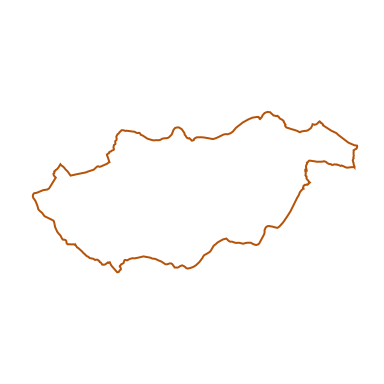 outline of Bucosnita, Caras-Severin, Romania, rotated 189°
{"feature_id": "2599482B80081706534230", "entity_name": "Bucosnita", "entity_type": "district", "adm_level": 2, "iso_a3": "ROU", "parent_name": "Romania", "parent_adm1": "Caras-Severin", "projection": "albers", "projection_center": [22.186, 45.297], "detail": "fine", "context": "isolated", "style": "outline", "palette": "amber", "viewbox_px": 384, "rotation_deg": 189, "n_neighbors": 0, "source": "geoboundaries", "source_scale": "gbopen_adm2", "svg_char_len": 5933}
<svg xmlns="http://www.w3.org/2000/svg" viewBox="0 0 384 384"><g transform="rotate(189 192 192)"><path d="M326.3,198.8L327.7,195.3L328.4,194.2L329.3,192.9L330.1,192.4L330.7,191.2L331.3,190.7L330.9,189.4L331.7,188.4L331.1,186.8L330.0,185.8L328.8,184.9L333.7,173.2L335.3,171.8L339.2,170.6L345.1,167.0L347.7,166.1L348.5,164.9L348.6,163.0L347.9,161.4L345.5,159.0L344.3,157.2L342.5,154.1L341.0,150.8L339.1,149.3L337.0,148.1L333.8,145.0L324.7,142.2L323.7,141.3L321.7,135.9L318.9,131.7L317.0,129.9L315.0,128.3L313.1,125.6L311.9,124.7L311.2,124.9L310.4,124.9L309.6,124.8L308.7,124.2L308.3,123.4L308.1,122.6L307.9,121.9L306.7,120.9L305.1,121.2L302.8,121.4L300.8,121.8L300.1,121.7L299.1,121.3L299.0,121.7L296.9,119.4L295.3,118.7L291.2,116.0L289.4,114.5L288.7,114.2L287.3,113.1L285.6,112.1L284.2,111.8L282.9,110.8L281.6,110.7L279.1,110.6L277.1,109.7L276.1,110.2L274.6,110.3L273.8,109.7L273.4,109.7L272.7,109.3L272.7,108.9L272.1,108.3L271.1,108.1L269.2,106.2L267.7,106.4L266.6,106.7L264.0,109.3L263.5,108.9L262.2,109.7L260.7,107.4L259.8,106.4L253.3,101.0L252.2,101.4L251.6,101.9L251.2,103.2L250.2,104.3L250.3,105.4L250.9,106.3L251.7,107.1L251.7,107.7L251.2,108.1L250.8,109.3L248.5,111.1L248.3,112.7L247.9,114.2L246.8,114.5L245.4,114.3L242.9,116.2L240.4,117.3L238.4,117.4L238.0,117.6L233.9,119.1L229.9,120.8L222.7,120.6L220.8,120.0L219.1,120.2L217.4,120.1L214.5,119.2L211.6,118.6L207.0,116.5L205.5,116.6L202.8,118.0L201.6,118.2L200.2,117.7L197.3,114.7L194.3,115.1L193.2,115.9L192.2,116.9L190.3,118.0L189.1,117.7L187.9,117.3L186.8,116.7L185.8,115.9L184.2,115.7L181.6,116.8L179.1,118.1L176.6,120.3L173.8,123.9L171.4,128.4L170.9,130.0L170.1,131.5L167.5,133.5L165.1,135.6L164.2,137.1L162.2,142.3L160.4,144.2L158.8,146.2L154.0,150.0L150.8,151.4L148.2,149.5L146.6,148.9L144.5,149.2L141.5,148.6L139.8,148.7L138.6,149.1L137.3,149.2L133.3,148.9L131.4,149.9L129.3,150.6L125.9,151.1L124.0,150.3L121.9,149.8L120.3,149.7L118.5,150.6L117.5,151.8L114.4,160.8L114.1,162.0L114.0,163.2L114.1,164.4L114.4,165.6L113.6,168.6L112.0,170.1L110.8,170.4L107.2,170.4L103.7,170.0L101.9,170.0L100.2,171.7L97.3,176.1L94.4,182.2L91.7,188.4L87.3,202.5L86.0,205.8L85.4,208.6L84.3,210.7L83.1,212.1L83.0,212.4L83.0,212.6L82.4,212.8L83.1,213.8L82.7,214.7L82.7,215.7L81.5,216.8L80.9,216.8L80.4,216.9L80.0,217.3L79.6,217.5L79.0,217.3L78.1,218.4L78.0,218.6L78.2,218.9L78.1,219.1L77.8,219.4L77.1,219.8L77.3,220.0L78.1,220.4L78.5,220.8L78.9,221.5L79.9,222.1L80.7,222.9L81.1,223.4L81.2,225.1L81.4,225.4L81.7,225.4L81.9,225.4L82.1,225.8L82.5,226.1L82.6,226.3L82.5,227.9L82.5,228.2L82.8,228.7L82.7,229.3L82.8,229.6L83.5,230.5L83.4,231.3L83.6,231.9L83.5,232.0L83.4,232.0L82.9,231.3L82.6,231.0L82.3,230.9L82.0,231.0L82.5,232.3L82.7,232.9L83.1,233.7L83.4,235.0L83.4,235.7L83.3,236.0L83.3,236.5L83.0,237.1L82.8,238.0L83.0,238.7L83.1,239.0L82.3,239.5L81.6,240.9L81.3,241.2L81.1,241.3L79.9,241.5L77.7,241.4L76.0,241.5L73.1,241.4L72.0,241.7L70.4,241.9L68.3,242.3L67.3,242.6L66.7,243.0L66.4,243.0L65.8,243.0L64.3,242.6L64.0,242.5L62.8,241.7L61.3,241.2L61.0,241.1L59.2,241.2L58.1,240.7L57.3,240.8L56.3,241.2L55.7,241.6L53.9,241.6L53.3,241.9L52.8,241.6L51.1,241.5L49.3,241.0L48.3,241.6L47.8,241.4L46.7,241.2L46.0,241.0L44.1,240.4L43.0,240.3L41.3,240.6L40.2,241.0L37.8,241.6L36.1,241.9L35.6,242.1L35.4,241.9L35.5,242.6L36.0,243.3L36.8,244.9L36.9,245.7L37.0,246.2L37.6,246.9L37.9,248.0L38.2,248.4L38.2,248.8L38.0,249.7L37.6,250.7L37.8,251.0L38.0,251.3L38.1,251.5L37.9,252.1L38.0,252.8L37.9,253.2L38.0,253.6L38.2,254.2L38.4,254.9L38.6,256.4L38.6,257.0L38.9,258.5L38.3,259.0L37.5,259.7L37.1,259.9L36.4,260.5L36.1,261.2L36.1,261.5L36.0,261.8L36.0,263.0L36.2,263.6L39.1,263.6L45.2,265.2L55.8,270.9L58.7,272.8L63.9,274.3L73.1,278.4L73.1,279.1L74.7,280.3L75.1,280.3L75.8,280.5L75.9,281.0L77.0,281.7L77.7,281.1L78.7,279.5L79.3,278.8L79.8,278.3L81.4,277.6L83.5,277.8L83.5,277.2L83.6,276.7L84.0,275.4L84.4,274.1L84.8,273.5L85.8,272.4L87.3,271.0L88.7,270.3L90.1,270.0L92.9,269.1L93.6,268.8L94.3,268.1L94.7,268.0L95.4,268.0L97.0,268.6L97.7,268.8L101.2,269.4L103.2,269.6L106.8,270.2L107.0,270.2L108.9,270.5L109.2,270.7L109.5,271.1L110.0,271.5L110.4,272.0L110.4,272.6L110.2,272.7L109.5,272.6L110.6,273.3L111.1,274.2L112.2,275.4L112.3,275.9L112.7,276.5L113.2,276.7L113.5,277.1L114.3,277.5L116.4,278.2L116.9,278.4L118.0,279.7L118.7,279.9L119.4,280.6L119.8,280.6L120.9,280.1L122.5,280.4L123.2,280.4L123.5,280.3L124.3,281.0L126.0,282.0L126.8,282.7L127.2,283.0L127.5,283.0L128.4,282.9L129.5,283.0L131.2,282.3L132.7,281.3L134.2,279.0L134.9,276.7L136.2,274.7L137.0,275.1L137.2,276.0L138.3,276.5L139.9,276.2L144.1,274.8L148.0,272.3L152.6,268.7L158.6,262.3L161.2,257.9L163.4,255.9L166.0,254.5L167.4,254.5L168.2,254.3L169.8,253.7L175.7,249.6L177.7,248.4L179.8,247.5L184.6,247.7L189.3,247.7L191.7,247.5L196.0,246.7L198.1,245.0L198.3,243.7L199.6,242.8L200.4,242.7L200.8,243.2L203.1,244.8L204.0,244.3L205.0,244.5L206.3,245.5L207.1,246.6L208.0,247.3L208.5,248.2L208.6,248.9L211.9,252.4L214.9,253.7L215.8,253.6L217.2,253.3L218.7,252.6L219.9,250.7L221.0,245.6L223.6,242.1L225.3,241.2L227.4,240.8L229.5,240.1L231.8,238.3L233.1,237.9L235.8,237.5L237.8,237.0L239.3,237.0L244.4,237.7L249.4,240.0L250.5,240.3L251.6,240.5L252.4,241.7L253.4,242.2L255.2,241.7L256.6,241.9L257.9,242.5L266.3,242.3L267.2,241.9L269.1,242.2L271.1,242.1L273.2,239.3L273.4,238.7L273.7,238.2L274.6,237.4L274.7,236.9L275.4,235.0L275.3,234.4L274.7,232.7L274.7,231.6L275.8,230.1L275.2,227.8L275.2,227.4L276.5,226.1L276.5,225.5L276.4,225.6L276.5,224.7L276.5,223.4L276.1,222.9L275.8,222.1L276.0,221.3L277.5,220.4L278.0,220.0L278.4,219.4L279.0,219.1L280.0,218.4L280.1,218.0L280.0,217.6L280.3,217.1L280.7,216.9L281.5,216.2L281.9,215.6L281.9,215.3L280.6,213.2L278.2,208.5L279.3,207.8L279.7,207.2L280.5,206.5L285.9,203.0L287.2,202.4L288.7,202.7L289.5,202.4L290.1,201.8L292.5,198.7L298.0,195.9L300.0,194.7L307.6,191.9L314.5,189.2L318.1,192.9L319.9,194.1L320.8,194.8L322.0,196.0L323.9,197.3L325.1,197.7L326.3,198.8Z" fill="none" stroke="#b45309" stroke-width="2"/></g></svg>